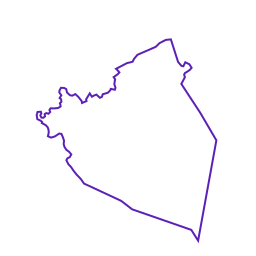 Hilir Perak, Perak, Malaysia (Robinson projection), rotated 12°
{"feature_id": "92858781B22545917435133", "entity_name": "Hilir Perak", "entity_type": "district", "adm_level": 2, "iso_a3": "MYS", "parent_name": "Malaysia", "parent_adm1": "Perak", "projection": "robinson", "projection_center": [100.994, 4.019], "detail": "fine", "context": "isolated", "style": "outline", "palette": "violet", "viewbox_px": 256, "rotation_deg": 12, "n_neighbors": 0, "source": "geoboundaries", "source_scale": "gbopen_adm2", "svg_char_len": 1523}
<svg xmlns="http://www.w3.org/2000/svg" viewBox="0 0 256 256"><g transform="rotate(12 128 128)"><path d="M42.7,141.1L46.9,142.3L49.3,144.0L50.5,146.0L51.4,148.7L51.4,152.7L54.7,153.4L56.5,152.4L58.3,151.4L61.9,147.7L64.2,147.7L66.3,150.7L68.1,153.8L68.4,157.1L69.9,159.8L72.3,162.2L75.3,163.5L78.0,165.6L77.1,168.6L75.0,170.3L74.4,172.3L77.1,175.7L80.4,178.0L83.6,181.1L87.2,184.1L92.6,187.8L96.5,191.5L136.5,200.7L149.0,206.7L211.1,214.5L219.5,223.1L220.0,223.6L217.0,121.7L195.6,98.2L171.0,73.8L173.1,66.5L171.8,64.1L172.3,62.4L174.6,60.2L176.4,58.3L177.7,55.9L174.8,52.9L170.4,51.8L169.3,56.1L167.4,56.1L165.7,54.9L163.2,52.9L151.5,32.4L146.6,34.0L141.2,38.4L138.3,42.8L123.6,53.3L121.9,54.6L121.0,56.4L119.6,59.0L118.7,62.2L116.6,63.3L113.7,64.6L104.0,72.6L105.7,73.6L108.0,75.4L106.8,77.5L103.4,81.2L105.3,83.1L105.3,84.4L105.5,87.9L107.4,91.3L107.2,93.3L103.0,93.3L102.8,94.8L101.1,97.6L99.2,98.7L96.3,100.2L96.0,103.0L94.2,104.3L90.2,101.9L88.1,103.2L86.2,104.9L83.4,102.1L81.1,108.6L81.8,110.3L77.8,113.1L77.0,111.2L72.7,107.7L69.4,105.8L66.7,108.0L64.4,108.0L62.9,107.1L61.0,106.0L59.5,102.8L57.2,102.1L54.1,102.6L53.2,105.6L53.4,107.5L56.0,109.9L54.9,112.9L56.6,113.8L57.4,116.2L56.2,117.9L57.0,119.2L57.6,120.9L56.4,122.2L55.1,123.1L53.2,123.7L50.9,124.4L48.2,124.8L47.4,126.7L48.6,128.5L47.3,130.6L45.0,130.4L43.6,131.7L44.4,133.9L43.1,135.6L41.1,135.8L39.6,133.9L40.2,131.7L39.4,130.2L36.2,131.1L36.0,134.5L37.5,138.2L41.1,139.0L42.9,140.1L42.7,141.1Z" fill="none" stroke="#5b21b6" stroke-width="2"/></g></svg>